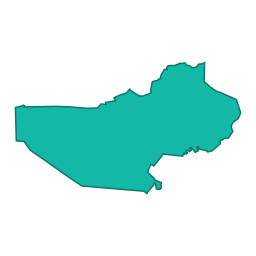 the district of Murmastienes pag., Varaklanu, Latvia
{"feature_id": "27541924B78395496310678", "entity_name": "Murmastienes pag.", "entity_type": "district", "adm_level": 2, "iso_a3": "LVA", "parent_name": "Latvia", "parent_adm1": "Varaklanu", "projection": "orthographic", "projection_center": [26.628, 56.654], "detail": "fine", "context": "isolated", "style": "filled", "palette": "teal", "viewbox_px": 256, "rotation_deg": 0, "n_neighbors": 0, "source": "geoboundaries", "source_scale": "gbopen_adm2", "svg_char_len": 5234}
<svg xmlns="http://www.w3.org/2000/svg" viewBox="0 0 256 256"><path d="M236.4,99.6L232.5,98.0L232.7,97.9L223.0,93.7L220.0,92.4L219.9,92.6L216.5,91.2L216.3,91.1L215.2,90.6L215.3,90.4L213.6,89.5L212.3,88.3L212.2,88.4L212.0,88.5L211.7,88.3L210.3,87.0L209.4,86.2L207.8,84.8L206.8,83.9L205.9,83.2L205.1,82.5L204.7,82.1L204.6,81.9L204.2,81.0L204.1,80.6L204.4,72.6L204.4,68.0L204.6,62.5L203.2,63.4L202.7,63.7L202.5,63.9L202.4,63.9L201.9,64.0L201.3,63.9L200.6,64.0L200.4,64.0L200.2,64.0L199.7,64.0L199.4,64.0L199.1,64.1L198.9,64.1L198.6,64.3L197.9,65.2L197.1,66.2L196.8,66.6L196.5,66.9L196.4,67.0L195.8,67.1L195.3,67.2L195.1,67.2L194.7,67.4L194.1,67.5L193.7,67.6L193.3,67.7L192.9,67.7L192.6,67.7L192.4,67.7L192.1,67.6L191.6,67.2L190.1,66.1L189.8,65.9L189.6,65.8L189.1,65.5L188.6,65.4L187.5,65.3L186.8,65.3L186.4,65.2L186.1,65.0L185.9,64.7L185.8,64.4L185.7,63.8L185.5,63.4L185.4,63.3L185.1,63.1L184.9,63.0L184.8,62.9L184.7,62.9L184.3,62.9L183.9,63.0L183.2,63.2L182.4,63.3L181.8,63.4L181.4,63.5L180.8,63.4L179.8,63.3L179.4,63.4L179.0,63.5L178.6,63.9L177.9,64.4L177.7,64.5L176.9,64.6L176.6,64.7L176.4,64.7L176.0,65.0L175.7,65.2L175.3,65.5L174.9,65.5L174.7,65.5L172.3,65.5L169.8,65.6L169.0,65.6L168.4,65.7L167.9,66.0L167.6,66.1L167.1,66.8L166.9,67.4L166.6,67.9L166.6,68.2L166.7,68.5L167.0,69.2L167.0,69.5L166.8,69.8L166.5,69.9L166.3,69.8L165.9,69.6L165.1,69.4L164.7,69.4L164.4,69.5L164.2,69.7L163.9,70.0L163.6,70.5L163.5,70.8L163.4,71.1L163.2,71.5L162.6,72.4L161.8,73.8L161.4,74.6L160.5,76.8L160.4,77.1L160.5,77.3L160.7,77.7L160.7,78.0L160.8,78.2L160.7,78.5L160.3,78.9L160.0,79.0L159.4,78.9L158.8,78.9L158.5,79.2L158.2,79.7L157.8,80.2L157.5,80.3L157.0,80.5L156.5,80.6L156.3,80.6L155.8,80.8L155.1,80.9L154.7,81.0L154.0,81.2L153.4,81.4L152.5,81.6L152.4,81.6L152.3,81.8L152.2,82.0L151.4,86.8L151.4,87.0L151.3,87.3L150.6,89.4L150.6,89.6L150.8,92.0L150.9,92.3L150.9,92.6L151.0,92.7L151.0,92.8L151.1,93.0L147.5,94.4L147.2,94.5L146.3,94.8L146.0,94.9L145.4,95.1L142.9,96.1L142.5,96.1L142.1,96.1L141.5,96.0L140.9,96.0L139.3,95.8L139.0,95.7L139.0,95.8L138.0,95.1L137.5,94.8L136.9,94.5L136.7,94.3L135.3,93.5L131.5,91.0L130.6,90.3L130.3,89.9L130.3,90.0L130.2,90.0L129.3,89.5L127.9,91.2L126.9,92.3L125.8,93.1L125.3,93.3L124.0,93.8L123.4,94.0L122.4,94.3L121.6,94.6L118.8,95.5L118.0,95.9L116.3,96.8L116.0,96.9L115.8,96.9L115.8,97.0L115.7,97.0L114.0,97.9L114.7,99.1L115.7,100.6L109.7,101.8L107.9,102.1L107.2,102.2L105.5,102.4L105.5,102.5L106.1,104.5L101.1,103.9L98.7,106.6L97.5,108.0L86.9,108.3L67.7,106.7L62.9,106.6L58.0,106.4L53.2,106.4L48.4,106.5L43.6,106.6L24.2,107.0L24.5,105.7L23.3,105.2L22.0,105.7L21.8,105.8L21.2,106.0L20.4,106.3L18.1,107.1L16.7,107.0L15.4,107.6L16.3,140.9L24.0,141.4L25.0,142.8L27.6,146.5L30.5,150.4L44.2,159.8L55.9,168.1L67.7,176.5L82.0,186.0L89.0,186.5L93.8,187.0L105.8,188.0L120.0,189.2L132.0,190.2L144.0,191.2L146.8,193.5L147.0,193.4L148.0,191.5L152.5,186.4L153.5,185.4L154.4,182.8L155.5,184.2L155.8,185.1L156.3,188.8L158.0,189.5L159.3,189.1L159.8,189.3L161.2,188.2L161.4,187.3L161.3,186.6L161.0,185.4L160.9,185.0L161.2,183.6L161.0,182.3L159.0,181.9L156.8,180.8L156.7,180.9L154.6,179.6L154.0,179.0L154.3,178.8L154.0,178.4L153.6,177.6L153.0,177.2L149.7,174.2L149.0,173.5L147.6,172.2L148.9,168.7L149.7,166.7L150.9,164.3L153.8,166.0L154.8,164.7L155.8,163.5L157.6,161.3L158.2,160.5L159.3,159.1L162.0,155.9L162.2,155.5L162.8,154.8L163.4,154.1L166.3,154.4L166.8,154.5L168.7,154.7L168.8,154.7L173.8,155.2L173.9,155.3L174.6,155.3L175.1,155.0L175.7,155.4L175.8,155.5L179.7,155.8L181.6,156.0L182.5,156.1L182.4,155.9L182.4,155.6L182.4,155.3L184.4,154.2L183.6,153.4L184.0,152.9L186.2,154.0L187.5,153.1L187.4,152.6L186.3,151.9L186.0,150.9L186.2,150.2L186.9,150.4L188.0,150.6L188.4,151.0L188.5,150.9L188.8,150.8L189.7,150.6L190.0,150.9L190.0,151.2L190.7,150.6L191.1,150.2L191.3,150.0L191.5,149.7L191.5,149.3L190.8,148.5L190.7,148.5L190.0,148.4L189.7,148.4L190.0,148.0L190.8,147.2L191.5,147.6L191.7,147.8L191.8,147.9L192.7,149.2L193.4,150.0L194.5,151.6L194.7,151.8L194.8,152.1L195.2,152.2L195.3,152.2L196.4,151.7L198.2,150.8L198.2,150.7L197.9,149.5L198.6,149.3L197.9,148.5L197.2,147.8L197.1,147.3L197.0,146.9L197.4,146.6L197.5,146.6L198.5,147.6L198.9,148.0L199.6,148.7L200.2,149.2L200.3,149.2L201.0,149.1L201.7,149.8L202.4,149.8L202.5,149.8L203.6,149.9L203.8,149.9L205.9,150.6L206.4,150.8L206.8,151.1L207.9,152.1L208.4,151.7L209.5,151.4L211.8,151.0L212.3,150.7L214.7,148.6L215.2,148.2L215.4,148.0L216.3,147.2L218.0,145.8L220.2,143.8L220.4,143.5L220.4,143.4L220.3,142.9L219.9,140.9L220.0,140.7L220.5,140.2L221.7,140.1L222.3,140.0L222.4,139.9L224.4,138.6L224.6,138.5L224.7,138.4L225.2,138.3L225.8,138.2L227.5,138.2L228.2,138.1L228.4,138.1L228.6,137.9L228.9,137.5L229.3,136.8L229.9,135.9L231.3,133.8L232.2,132.5L232.8,131.5L232.8,131.2L231.8,128.9L231.6,128.3L231.3,127.6L231.3,127.3L231.7,124.7L232.1,124.2L232.3,123.7L232.9,122.5L233.0,122.4L233.3,122.2L234.0,121.6L234.9,121.0L235.0,121.0L236.4,119.9L236.9,119.5L237.0,119.4L237.8,118.9L238.1,118.7L238.3,118.5L238.6,117.8L240.3,113.7L240.6,113.0L240.6,112.8L240.6,112.7L240.5,112.4L240.4,112.0L239.7,110.0L239.6,109.5L238.5,106.1L238.4,105.9L238.3,105.5L238.2,105.2L237.8,104.2L237.5,103.0L237.1,102.0L236.7,100.8L236.4,99.6L236.4,99.6Z" fill="#14b8a6" stroke="#0f766e" stroke-width="1.5"/></svg>